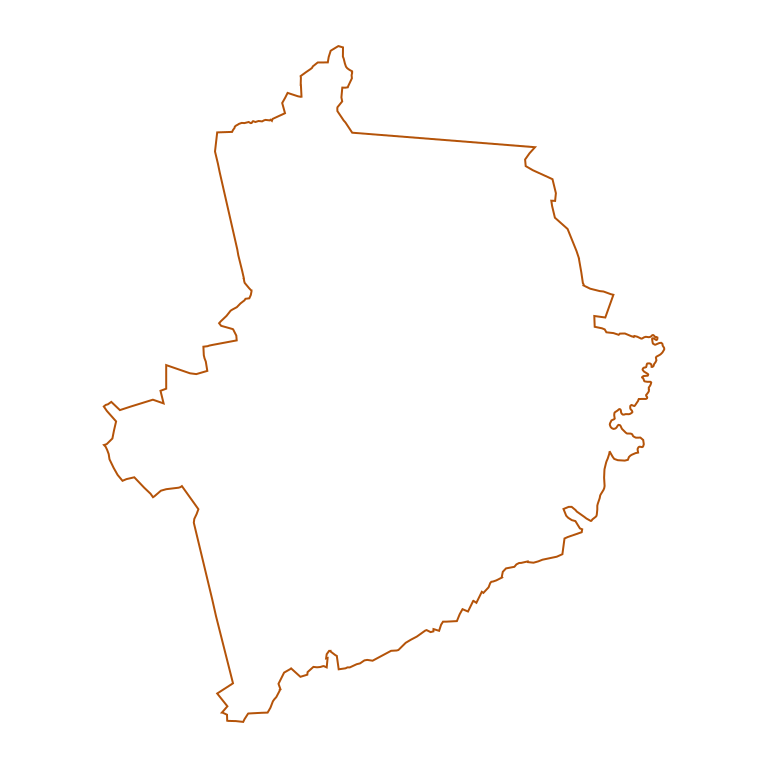 outline of Lēdurgas pag., Krimuldas, Latvia
{"feature_id": "27541924B26008576526358", "entity_name": "Lēdurgas pag.", "entity_type": "district", "adm_level": 2, "iso_a3": "LVA", "parent_name": "Latvia", "parent_adm1": "Krimuldas", "projection": "albers", "projection_center": [24.794, 57.324], "detail": "fine", "context": "isolated", "style": "outline", "palette": "amber", "viewbox_px": 768, "rotation_deg": 0, "n_neighbors": 0, "source": "geoboundaries", "source_scale": "gbopen_adm2", "svg_char_len": 6078}
<svg xmlns="http://www.w3.org/2000/svg" viewBox="0 0 768 768"><path d="M217.2,132.4L215.0,151.5L217.9,163.6L219.7,172.3L237.3,249.5L238.3,255.3L242.2,271.0L243.9,278.5L243.7,278.7L243.9,278.9L244.2,281.2L244.7,282.9L249.1,288.2L251.3,290.5L251.5,290.5L251.5,291.4L250.8,295.0L249.3,298.3L245.5,298.8L244.5,300.3L240.4,303.5L236.8,307.2L232.3,309.6L230.6,310.7L226.5,315.9L220.9,321.2L219.1,323.2L221.1,325.8L232.8,329.1L233.2,329.5L236.3,335.6L236.7,340.4L212.6,344.9L209.2,345.6L207.6,346.2L203.4,346.7L203.8,355.2L204.5,358.2L205.8,361.6L207.3,370.9L196.3,374.1L190.0,373.3L166.2,365.1L166.2,388.7L160.5,390.8L163.6,403.4L152.9,399.7L130.9,406.5L119.9,410.1L111.3,401.9L107.9,404.3L105.8,404.9L103.8,406.5L106.9,411.0L116.1,421.4L114.0,430.4L112.4,438.5L106.6,444.2L104.0,445.0L105.6,446.7L107.1,449.8L108.7,454.1L109.5,459.3L113.6,467.8L117.6,474.9L122.5,480.8L126.5,479.1L134.3,477.3L144.2,487.7L150.6,493.8L153.0,497.2L154.4,496.3L160.9,490.7L166.2,489.2L178.6,487.7L180.5,487.1L181.9,486.1L198.4,509.2L196.6,514.1L194.3,518.9L193.8,522.7L212.2,599.3L216.0,616.1L233.0,683.3L217.2,693.5L227.4,706.3L221.9,712.6L222.7,712.7L227.0,714.7L227.2,720.7L228.2,720.9L235.9,721.1L243.2,721.9L244.5,719.2L248.1,713.6L248.3,713.5L261.6,712.8L267.6,712.6L270.4,707.8L272.9,701.3L274.3,699.3L276.3,697.1L279.7,690.6L279.7,689.8L280.5,689.4L278.5,683.8L284.1,672.6L290.4,669.0L291.1,668.4L300.4,676.8L307.3,674.7L307.6,672.1L313.4,666.9L317.0,667.3L320.3,667.0L322.9,666.2L323.8,666.1L326.7,667.4L327.6,658.0L326.1,658.4L326.7,654.2L329.1,650.9L330.2,650.9L330.1,651.1L330.7,651.6L335.3,655.1L336.8,655.9L338.7,669.3L345.6,668.3L347.4,667.4L349.8,667.4L356.7,664.2L360.0,663.4L364.4,660.4L367.2,659.9L372.6,660.7L391.1,650.8L396.6,650.5L398.4,650.0L405.7,642.8L410.9,639.7L416.8,636.6L425.2,630.6L426.6,630.1L430.6,632.1L433.4,631.4L433.5,629.1L439.1,630.8L441.1,624.7L443.0,621.7L445.5,621.7L456.9,621.1L459.7,614.2L462.5,609.2L468.0,611.5L473.2,600.9L473.4,600.8L476.4,602.8L481.8,591.8L483.4,592.9L488.6,587.3L490.2,583.1L491.3,581.8L493.1,581.5L496.3,580.4L502.2,577.4L501.8,576.8L502.8,571.8L506.0,568.4L514.4,566.8L516.4,564.4L519.1,563.0L521.2,562.9L527.8,561.4L527.9,562.1L533.5,562.7L538.2,561.4L542.5,559.7L556.8,556.7L562.4,554.2L564.5,538.5L567.8,537.0L581.7,532.2L582.2,529.3L579.9,528.4L575.4,521.1L571.8,520.1L568.2,517.8L566.2,515.7L563.5,509.0L568.6,506.9L571.7,506.9L575.6,510.1L576.7,511.5L584.2,516.8L586.4,518.5L590.7,520.9L591.4,520.8L592.4,519.4L595.7,516.8L596.5,515.8L596.8,514.4L597.3,509.5L597.3,505.7L597.8,503.7L599.7,498.1L600.2,495.4L600.9,494.1L603.5,489.9L604.2,488.2L604.6,486.0L604.1,477.8L604.4,470.7L604.5,469.2L606.1,462.6L606.6,461.1L607.7,458.6L609.2,454.0L609.6,451.8L609.5,451.2L612.6,456.7L614.2,458.9L617.8,460.2L624.8,460.6L627.9,459.8L628.9,457.1L630.4,455.6L631.9,454.7L635.6,453.1L638.1,452.6L637.6,449.6L637.7,448.7L638.4,447.4L639.0,446.9L639.8,446.7L642.0,447.1L642.8,446.8L643.2,446.2L643.8,444.2L643.2,440.0L640.4,437.6L636.0,437.7L634.4,437.0L633.1,436.1L632.2,434.3L630.8,433.6L627.0,433.5L625.8,432.7L621.9,428.8L620.5,425.8L619.8,425.1L618.5,424.9L617.8,425.5L616.6,427.4L615.8,428.2L614.8,428.7L613.4,428.9L611.7,428.1L610.7,427.0L610.1,425.6L609.8,424.6L610.0,423.4L611.5,420.4L614.1,419.2L614.7,418.6L614.2,415.2L614.4,413.1L614.6,412.7L615.0,412.2L617.6,410.5L618.9,409.3L619.6,409.1L620.3,409.4L620.7,410.0L620.9,410.7L621.0,412.0L621.5,413.4L622.4,414.3L622.9,414.6L624.0,414.6L625.7,414.1L628.8,414.2L629.8,414.0L631.7,412.9L632.4,412.0L631.9,410.6L630.7,409.3L630.3,408.5L630.2,407.2L630.3,406.0L630.8,405.4L631.6,405.0L633.8,405.9L634.4,406.0L634.9,405.6L638.2,400.7L638.5,399.5L638.8,399.0L646.0,398.9L647.0,398.3L647.2,397.4L646.9,396.7L646.2,395.9L646.1,395.1L648.2,392.4L648.8,391.3L649.0,389.5L648.8,389.4L648.8,387.5L650.2,385.5L650.9,383.8L651.2,382.5L650.9,382.1L650.4,381.8L647.3,381.8L644.8,381.4L644.3,381.1L643.2,378.3L642.1,377.5L642.2,377.0L643.1,376.3L643.8,376.0L647.6,375.7L647.9,375.5L648.2,374.5L647.8,373.9L643.9,371.5L642.7,369.9L642.6,369.4L642.8,368.9L643.0,368.4L643.9,367.7L644.3,367.5L644.8,367.6L646.1,367.1L646.4,366.3L646.8,364.3L647.2,363.6L647.9,363.4L649.8,363.4L651.3,364.4L651.6,366.9L652.5,366.9L653.5,366.0L654.2,363.9L655.4,362.4L656.4,360.3L655.9,357.7L656.4,356.7L659.7,354.9L660.7,354.2L662.4,352.5L664.2,349.5L664.2,348.2L663.9,347.5L662.9,346.0L662.6,345.3L662.5,344.1L662.1,343.5L661.1,342.8L659.1,343.1L655.4,344.7L654.6,344.6L652.9,343.5L652.5,341.9L652.1,339.1L652.2,338.6L652.6,338.3L653.4,338.3L656.3,340.0L657.0,339.7L657.4,338.9L657.4,337.5L656.3,337.0L655.4,337.1L653.4,335.1L652.4,335.1L651.2,336.3L649.9,337.0L648.8,337.2L645.8,336.8L644.1,337.3L642.1,338.5L641.2,338.6L637.2,336.7L634.4,336.0L633.8,337.0L633.1,336.7L633.6,336.1L632.9,336.5L632.1,336.5L624.9,333.5L619.9,333.6L618.7,334.8L613.5,333.1L606.4,332.3L604.7,329.4L602.0,328.3L594.7,326.8L594.3,316.0L605.3,317.5L613.4,294.8L610.9,294.2L603.5,291.5L599.8,291.1L590.2,288.7L583.4,285.4L583.7,284.7L583.5,284.3L583.2,283.5L582.9,283.2L581.3,272.3L578.9,258.6L579.0,258.5L576.5,251.0L567.6,229.0L554.9,217.7L552.1,206.0L551.3,200.7L555.1,200.9L555.9,193.2L552.5,179.2L532.8,170.2L525.7,166.1L525.1,159.5L529.5,153.3L535.0,147.2L352.2,132.7L345.4,122.4L343.7,120.5L337.4,111.1L337.3,108.1L337.5,107.2L342.2,101.4L341.4,97.4L342.3,87.6L345.2,87.7L347.8,87.3L348.2,86.1L351.9,78.3L351.6,75.1L352.1,73.2L351.9,72.6L352.2,72.1L352.1,71.3L349.4,69.8L347.3,68.3L346.0,66.7L344.9,63.5L343.7,58.6L342.9,56.6L343.0,47.4L338.3,46.1L330.7,50.7L328.7,57.0L327.8,62.4L317.7,62.5L312.8,66.4L312.1,67.8L310.5,69.1L306.1,72.1L300.6,76.1L300.9,77.7L300.7,84.9L300.9,84.9L301.0,86.8L301.5,96.7L300.7,96.8L298.0,96.3L287.6,92.9L285.3,97.5L282.2,103.0L285.0,113.2L272.6,118.9L271.9,120.8L271.1,120.0L270.5,119.7L269.8,120.4L265.5,119.9L263.9,120.4L262.1,121.4L258.6,121.0L255.4,122.0L253.2,121.2L252.8,121.3L251.6,123.0L250.6,123.1L248.7,122.0L244.4,123.1L241.7,122.9L238.9,123.9L237.4,124.9L236.5,125.3L235.4,126.1L234.8,126.7L234.6,127.8L232.9,130.2L232.1,131.9L217.2,132.4Z" fill="none" stroke="#b45309" stroke-width="2"/></svg>